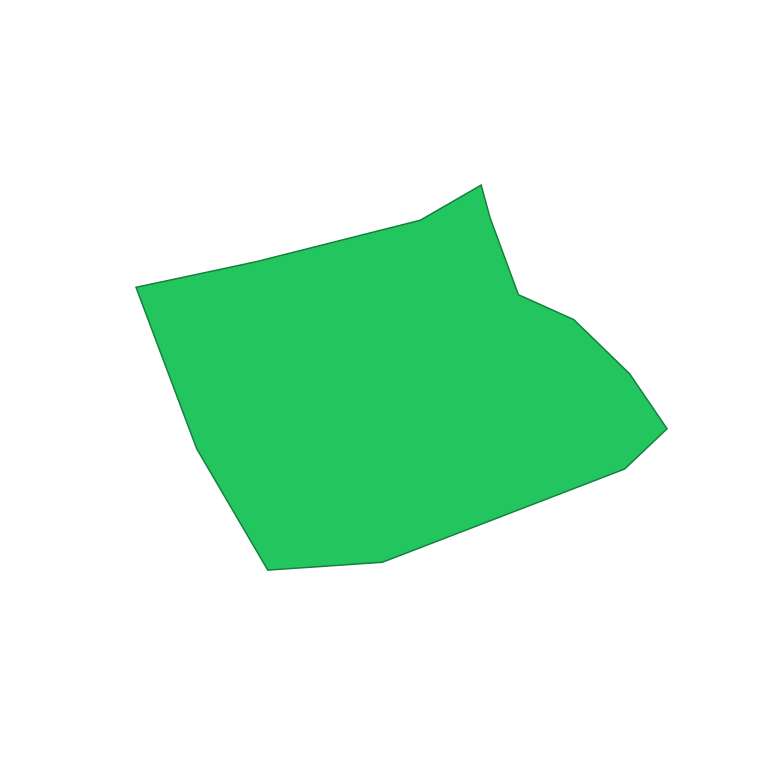 an SVG outline of Saint George, rotated 34°
{"feature_id": "VCT-5067", "entity_name": "Saint George", "entity_type": "Parish", "adm_level": 1, "iso_a3": "VCT", "parent_name": "Saint Vincent and the Grenadines", "parent_adm1": "", "projection": "orthographic", "projection_center": [-61.178, 13.175], "detail": "fine", "context": "isolated", "style": "filled", "palette": "green", "viewbox_px": 768, "rotation_deg": 34, "n_neighbors": 0, "source": "natural_earth", "source_scale": "10m", "svg_char_len": 338}
<svg xmlns="http://www.w3.org/2000/svg" viewBox="0 0 768 768"><g transform="rotate(34 384 384)"><path d="M643.7,262.8L631.1,319.8L482.3,532.7L391.7,603.3L264.9,542.4L124.3,442.5L209.4,354.3L322.5,227.9L353.3,164.7L379.0,186.9L445.5,234.8L505.4,224.5L581.9,238.2L643.7,262.8Z" fill="#22c55e" stroke="#15803d" stroke-width="1.5"/></g></svg>